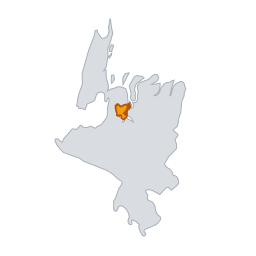 Chandpur, Chittagong, Bangladesh (highlighted), rotated 203°
{"feature_id": "16705992B70711841490613", "entity_name": "Chandpur", "entity_type": "district", "adm_level": 2, "iso_a3": "BGD", "parent_name": "Bangladesh", "parent_adm1": "Chittagong", "projection": "albers", "projection_center": [90.778, 23.244], "detail": "fine", "context": "in_parent", "style": "filled", "palette": "amber", "viewbox_px": 256, "rotation_deg": 203, "n_neighbors": 0, "source": "geoboundaries", "source_scale": "gbopen_adm2", "svg_char_len": 8349}
<svg xmlns="http://www.w3.org/2000/svg" viewBox="0 0 256 256"><g transform="rotate(203 128 128)"><path d="M88.9,179.3L88.9,173.5L85.2,161.9L85.4,160.6L84.7,155.0L83.7,152.0L83.3,148.7L85.7,144.0L84.8,143.2L79.7,141.7L79.1,140.5L80.2,135.8L76.6,131.4L75.2,128.1L79.3,117.6L80.4,110.2L80.1,108.8L77.7,107.1L73.5,106.4L70.5,105.0L68.8,102.8L67.4,102.0L65.5,102.6L63.2,101.7L61.3,99.6L59.7,97.1L60.4,94.3L63.6,87.9L64.7,87.7L67.4,89.0L68.4,89.0L70.1,86.5L72.7,79.2L81.2,80.0L83.2,79.8L85.4,79.2L86.5,78.3L87.2,77.1L87.0,76.1L84.4,74.7L83.4,73.7L82.7,70.7L82.0,69.6L76.9,69.4L74.2,68.0L72.8,66.8L70.3,62.7L67.1,59.7L64.0,59.0L62.9,58.0L62.3,56.5L62.7,54.3L64.3,50.1L72.9,41.1L73.1,40.1L72.8,39.0L70.3,37.5L70.2,36.7L70.9,34.8L72.3,34.6L75.2,36.4L78.1,39.2L79.8,41.8L79.8,43.7L82.1,44.2L84.0,45.1L86.0,44.8L87.3,45.3L88.1,45.2L88.5,44.0L86.9,41.2L87.7,40.0L89.6,40.1L91.0,41.1L92.0,43.4L92.1,46.8L94.4,49.9L97.3,52.2L99.6,53.2L102.5,53.9L104.9,53.3L106.1,51.1L105.6,49.2L106.0,47.4L106.9,46.5L108.4,46.6L109.6,48.0L112.8,55.4L112.1,58.7L112.8,67.7L111.9,73.6L112.4,75.9L113.0,76.3L117.9,77.4L125.1,79.8L130.6,80.7L155.6,80.1L161.0,81.2L177.7,80.2L182.2,82.0L187.2,85.1L190.0,87.3L190.5,88.7L190.2,89.8L189.3,90.4L187.6,90.4L183.7,89.0L183.0,89.4L183.0,93.0L179.9,102.0L179.4,104.7L178.3,105.8L175.0,106.4L172.9,111.7L172.0,112.3L169.8,111.2L168.5,111.4L166.8,111.9L165.1,113.1L163.9,114.6L162.6,115.1L157.9,115.0L157.0,117.4L153.9,120.6L151.8,129.0L152.0,131.6L154.6,138.3L156.5,147.0L157.2,147.8L158.1,147.9L158.1,143.9L159.0,143.4L160.1,143.9L162.3,149.2L163.6,150.6L165.5,150.9L167.8,150.1L169.4,148.5L170.1,146.8L169.5,141.0L170.5,138.6L174.3,135.0L174.9,133.9L174.6,128.1L176.0,127.9L177.9,128.3L180.4,126.9L181.1,126.9L182.2,128.4L183.9,128.1L186.6,139.7L186.9,147.9L187.6,152.4L188.5,153.4L191.5,160.2L194.6,184.2L195.1,199.5L196.3,204.6L195.3,205.8L194.4,206.0L193.5,204.2L187.2,200.4L185.7,200.8L183.5,203.1L182.7,205.2L183.1,208.1L183.8,211.0L185.3,212.7L185.5,214.5L187.2,221.3L186.7,221.4L183.2,215.2L179.0,209.1L177.6,198.1L177.4,192.6L174.5,186.3L171.8,175.1L172.9,171.2L171.0,172.9L167.8,166.2L162.9,159.7L161.5,156.8L161.4,154.0L159.3,156.9L156.5,158.9L153.6,161.9L151.7,162.8L145.5,163.4L142.0,159.3L136.9,149.5L136.2,147.3L136.9,141.5L135.7,136.1L135.4,131.3L134.5,131.7L134.1,133.0L134.3,135.0L133.9,136.7L125.5,135.6L129.1,138.5L133.0,139.2L135.0,141.8L135.1,146.0L131.3,148.6L131.6,150.8L133.8,153.4L131.1,154.2L130.4,155.9L130.3,158.3L132.2,162.1L131.9,163.6L135.1,168.6L135.7,170.9L134.9,174.3L127.9,181.0L125.9,185.8L124.1,188.1L122.0,188.5L119.4,186.2L119.3,183.9L119.9,182.0L123.5,177.5L121.6,178.1L115.9,181.8L114.8,178.8L114.1,176.0L114.1,172.6L116.9,167.5L113.8,170.0L112.9,173.2L113.3,176.9L112.9,179.6L111.6,183.1L110.0,185.1L107.3,186.4L106.1,188.5L104.3,190.0L103.7,183.0L101.9,173.6L101.4,175.6L102.4,181.4L102.3,185.2L100.8,188.2L97.8,191.4L95.6,191.8L94.2,191.3L90.1,186.4L89.8,181.8L88.9,179.3ZM140.5,179.7L135.3,180.9L132.7,180.5L137.6,172.1L137.5,168.3L136.7,165.2L134.2,162.7L134.1,160.9L132.9,158.5L132.4,155.7L135.1,154.8L137.4,156.4L138.2,159.6L139.3,162.0L143.2,167.0L143.2,170.0L142.1,177.5L140.5,179.7ZM151.7,177.0L148.5,179.2L149.5,165.8L151.9,170.8L152.5,173.5L151.7,177.0ZM163.8,170.2L162.4,171.2L161.1,170.4L159.4,167.2L160.2,163.3L160.7,162.7L162.7,166.7L163.8,170.2ZM175.7,198.3L173.9,198.5L173.0,197.6L173.4,196.2L172.9,191.9L175.2,191.4L176.1,195.1L175.7,198.3ZM173.6,186.2L172.3,190.6L171.7,188.6L172.6,184.9L173.6,186.2ZM136.5,151.5L137.0,152.9L134.1,151.1L133.4,149.9L134.6,149.2L136.5,151.5Z" fill="#d9dde1" stroke="#a8b0b8" stroke-width="1"/><path d="M137.9,134.5L137.7,134.6L137.4,134.5L136.5,134.1L136.2,134.2L136.0,134.4L135.6,134.5L135.4,134.5L135.3,134.3L134.9,134.4L134.6,134.4L134.6,134.7L134.8,134.7L134.8,134.8L134.7,135.1L134.6,135.8L134.4,136.2L133.7,137.2L133.4,137.8L133.4,138.1L133.6,138.5L134.5,138.8L134.8,139.0L135.0,139.5L135.0,139.3L135.5,139.4L135.6,139.1L135.8,139.2L136.0,139.4L136.2,139.5L136.2,139.3L136.0,138.9L136.4,139.5L136.7,139.4L136.9,139.5L137.2,139.9L137.4,140.0L137.7,139.9L137.3,139.5L137.3,139.3L137.4,139.0L137.3,139.5L137.6,139.6L137.7,139.9L137.6,140.0L137.4,140.1L137.1,139.9L136.7,139.5L136.4,139.6L136.5,139.9L137.1,141.2L137.2,141.5L137.1,142.1L137.0,142.4L136.7,142.8L136.4,142.9L136.6,143.0L136.4,143.0L136.4,143.3L136.4,144.2L136.5,144.5L136.4,144.7L136.4,144.9L136.5,145.2L136.6,145.6L136.6,145.8L136.7,146.3L136.7,146.2L136.4,145.7L136.4,146.1L136.5,146.6L136.6,146.4L136.7,146.6L136.5,146.9L136.6,148.3L136.6,150.9L137.1,150.1L137.1,149.9L137.3,149.9L137.2,149.7L137.2,149.3L137.1,148.7L137.4,148.6L137.8,148.3L138.0,148.3L138.4,148.5L139.1,149.0L139.6,148.6L139.8,148.4L139.7,148.3L139.8,148.2L140.0,148.2L140.3,147.9L140.9,147.8L141.0,147.8L140.9,147.8L141.0,147.7L140.9,147.6L141.0,147.4L140.9,147.3L141.0,146.8L141.1,146.7L141.4,146.4L141.6,146.4L141.7,146.2L141.8,146.0L142.0,146.0L142.3,145.9L142.4,145.6L142.5,145.6L142.7,145.4L142.5,145.2L142.8,145.0L142.8,144.9L143.2,144.8L143.5,144.7L143.6,144.9L143.9,144.8L144.2,145.1L144.2,145.4L144.5,145.4L144.6,145.5L144.8,145.5L145.1,145.6L145.3,145.7L145.5,145.7L145.8,145.6L145.9,145.9L146.0,145.9L146.0,146.1L146.5,146.1L146.6,145.9L146.8,145.8L147.4,145.8L147.4,145.6L147.5,145.4L147.3,145.4L147.3,144.9L147.2,144.8L147.3,144.7L147.1,144.6L147.5,144.3L147.4,144.3L147.4,144.2L147.7,144.0L147.5,143.7L147.9,143.3L148.0,142.9L147.8,142.8L147.8,142.5L147.8,142.4L147.5,142.3L147.5,142.1L147.5,141.9L147.4,141.6L147.2,141.7L147.0,141.1L146.9,140.9L146.7,141.0L146.6,140.8L146.4,140.7L146.4,140.3L146.3,140.1L146.0,139.9L145.9,139.7L145.9,139.4L145.8,139.1L145.7,139.1L145.6,139.3L145.4,139.2L145.1,139.1L145.1,138.9L145.0,138.6L145.0,138.2L144.7,137.9L144.5,137.7L144.4,137.6L144.2,137.6L144.1,137.2L143.9,137.2L143.6,136.0L143.5,135.9L143.5,135.7L143.3,135.8L143.0,135.7L142.9,135.5L142.7,135.5L142.7,135.3L142.4,135.0L142.1,135.2L142.2,135.4L141.7,135.4L141.7,135.7L141.8,135.8L141.7,135.9L141.5,136.1L141.3,135.9L141.2,135.9L141.1,136.3L140.9,136.4L141.0,136.2L140.7,136.2L140.4,136.0L140.3,135.9L140.3,136.3L140.1,136.5L139.9,136.8L139.7,136.7L139.3,136.6L139.2,136.7L139.4,136.9L139.3,137.0L139.1,136.8L139.1,136.6L138.5,136.3L138.5,135.7L138.2,135.2L138.0,134.7L137.9,134.5ZM135.2,146.8L135.2,147.2L134.7,147.6L134.9,148.0L134.9,148.3L134.8,148.7L134.9,148.8L135.1,148.8L135.3,149.1L135.5,149.3L135.7,148.7L135.6,148.3L135.7,148.7L135.8,148.6L135.8,147.9L135.7,147.5L135.7,147.4L135.5,147.2L135.3,146.9L135.3,147.0L135.2,146.9L135.2,146.8ZM134.2,148.9L134.3,148.5L134.4,148.4L134.6,148.4L134.7,148.1L134.7,148.3L134.8,148.2L134.6,147.8L134.6,147.5L134.3,147.6L134.1,147.8L133.9,148.1L133.8,148.3L133.7,148.4L134.2,148.9ZM134.9,149.5L134.8,149.3L134.9,149.2L134.7,148.5L134.4,148.5L134.3,148.9L134.9,149.5ZM135.3,150.0L135.3,149.9L135.4,149.7L135.5,149.4L135.3,149.2L135.2,149.2L135.1,148.8L134.9,149.0L135.1,149.1L135.0,149.3L135.1,149.7L134.9,149.4L135.3,150.0ZM135.5,140.9L135.4,140.7L135.4,141.0L135.0,140.8L134.9,140.9L135.3,141.3L135.0,141.1L134.9,141.2L135.1,141.3L135.2,141.5L135.7,141.7L135.8,141.8L135.7,141.5L135.4,141.1L135.5,140.9ZM136.0,141.3L135.6,140.5L135.5,140.8L135.9,141.4L136.0,141.6L135.9,141.7L136.1,141.9L135.9,141.7L136.1,141.8L136.0,141.5L136.0,141.3ZM135.0,147.3L135.0,147.1L134.9,146.8L134.8,147.0L134.5,147.4L134.6,147.5L134.8,147.3L135.0,147.3ZM136.4,139.8L136.2,139.6L136.1,139.8L136.3,140.2L136.3,139.9L136.4,139.8ZM134.7,146.7L134.5,146.8L134.5,147.2L134.9,146.8L134.7,146.7ZM136.4,142.2L136.2,141.7L136.2,142.0L136.4,142.2ZM134.9,141.0L134.6,140.7L134.6,140.8L134.4,140.7L134.5,140.9L134.8,141.1L134.9,141.0ZM135.6,149.8L135.8,149.4L135.7,149.2L135.6,149.5L135.6,149.8ZM135.5,144.2L135.5,143.9L135.4,143.8L135.3,144.0L135.5,144.2ZM135.5,143.5L135.6,143.3L135.4,143.1L135.5,143.5ZM134.0,146.0L134.3,145.6L134.4,145.4L134.1,145.7L134.0,146.0ZM136.5,140.6L136.3,140.2L136.4,140.4L136.5,140.6ZM136.1,140.0L135.9,139.6L135.9,139.9L136.1,140.0ZM135.7,141.3L135.8,141.6L135.7,141.3ZM136.4,144.7L136.5,144.5L136.4,144.4L136.3,144.5L136.4,144.7ZM136.5,145.7L136.5,145.3L136.4,145.3L136.4,145.5L136.5,145.7ZM135.1,143.0L135.3,143.0L135.1,143.0ZM136.1,142.5L136.1,142.4L136.0,142.5L136.1,142.5ZM135.0,140.7L134.9,140.6L135.1,140.8L135.0,140.7L135.0,140.7ZM135.3,140.1L135.2,140.1L135.3,140.2L135.3,140.1Z" fill="#f59e0b" stroke="#b45309" stroke-width="1.5"/></g></svg>